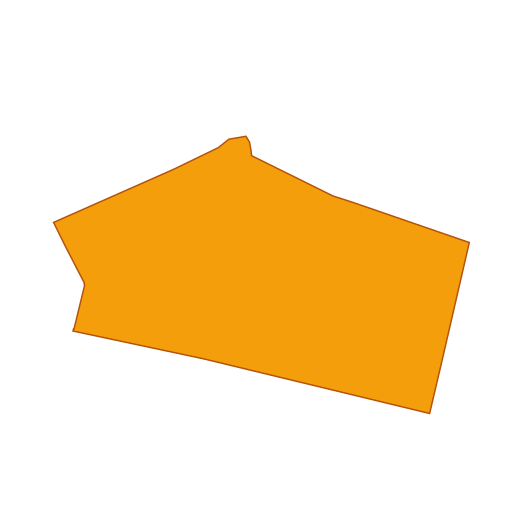 Amourj, Hodh ech Chargui, Mauritania (Equal Earth projection), rotated 13°
{"feature_id": "47542326B9245180339851", "entity_name": "Amourj", "entity_type": "district", "adm_level": 2, "iso_a3": "MRT", "parent_name": "Mauritania", "parent_adm1": "Hodh ech Chargui", "projection": "equal_earth", "projection_center": [-7.235, 15.827], "detail": "fine", "context": "isolated", "style": "filled", "palette": "amber", "viewbox_px": 512, "rotation_deg": 13, "n_neighbors": 0, "source": "geoboundaries", "source_scale": "gbopen_adm2", "svg_char_len": 462}
<svg xmlns="http://www.w3.org/2000/svg" viewBox="0 0 512 512"><g transform="rotate(13 256 256)"><path d="M317.4,180.2L234.8,160.6L229.2,159.3L227.2,153.8L224.1,146.6L219.3,141.6L203.3,148.3L194.9,158.9L168.2,180.4L158.8,188.0L156.7,189.7L51.2,268.8L68.3,289.7L94.8,320.9L94.8,321.9L95.6,322.9L95.1,368.2L94.6,368.2L94.6,370.3L228.1,368.0L460.6,370.4L460.8,314.1L460.8,194.9L338.5,182.0L317.4,180.2Z" fill="#f59e0b" stroke="#b45309" stroke-width="1.5"/></g></svg>